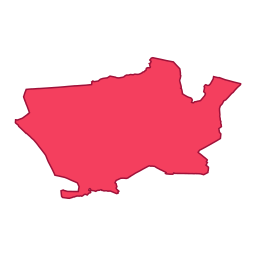 the district of Pureņu pag., Ludzas, Latvia
{"feature_id": "27541924B20679895578049", "entity_name": "Pureņu pag.", "entity_type": "district", "adm_level": 2, "iso_a3": "LVA", "parent_name": "Latvia", "parent_adm1": "Ludzas", "projection": "natural_earth1", "projection_center": [27.639, 56.462], "detail": "fine", "context": "isolated", "style": "filled", "palette": "rose", "viewbox_px": 256, "rotation_deg": 0, "n_neighbors": 0, "source": "geoboundaries", "source_scale": "gbopen_adm2", "svg_char_len": 5444}
<svg xmlns="http://www.w3.org/2000/svg" viewBox="0 0 256 256"><path d="M116.6,193.6L117.5,193.4L118.2,193.0L118.1,192.6L117.9,192.2L118.2,191.8L118.8,191.4L118.9,191.2L118.3,190.7L117.9,190.4L117.5,189.9L117.1,189.7L116.8,189.4L116.5,188.9L116.2,188.4L116.2,187.9L116.6,187.3L116.9,186.5L116.9,186.2L116.7,186.0L116.5,185.9L116.2,183.8L115.0,182.8L115.2,182.3L115.9,180.9L116.0,180.5L120.7,178.3L122.6,178.2L123.6,178.2L125.1,178.3L125.7,178.4L126.3,178.4L126.6,178.4L127.1,178.2L128.1,177.9L128.2,177.7L129.1,177.1L129.4,176.9L130.0,176.6L129.9,176.5L133.3,174.5L135.3,173.2L139.9,170.8L143.6,168.7L148.5,166.1L149.4,165.8L150.2,166.1L152.4,166.1L154.7,166.4L156.7,167.7L159.2,169.0L160.4,169.7L161.1,169.9L166.1,172.5L165.5,173.5L166.5,173.9L170.1,174.2L172.7,174.2L172.9,174.2L173.1,173.9L173.6,173.1L173.9,172.9L174.5,173.4L186.5,173.5L189.2,173.6L192.3,173.6L194.1,173.7L195.0,173.6L195.3,173.6L199.2,173.7L200.9,173.9L203.7,174.7L207.9,172.5L207.9,171.6L208.2,170.6L208.5,167.9L208.4,167.2L206.0,165.1L206.5,164.3L206.8,163.7L207.1,162.7L207.3,162.5L206.4,161.8L206.4,161.7L207.3,160.0L207.3,159.9L207.2,159.8L204.8,157.7L203.6,156.8L201.2,154.8L198.2,152.5L198.1,152.2L199.6,150.2L203.4,148.2L205.8,146.9L216.6,140.8L220.4,138.5L220.8,134.6L220.8,133.8L219.5,132.4L218.8,128.6L221.4,126.6L221.1,124.2L220.7,123.6L220.7,123.0L220.9,121.6L220.6,121.0L220.2,119.7L220.2,118.7L219.7,116.2L219.9,114.9L219.5,110.1L219.5,108.5L220.3,105.9L222.2,103.9L223.8,100.8L225.7,99.9L228.1,97.4L231.6,93.5L233.2,92.3L234.7,90.4L237.4,87.5L238.5,86.5L240.2,85.0L240.6,84.4L240.6,83.7L233.7,82.0L230.1,81.0L225.0,79.7L224.5,79.5L220.7,78.1L219.3,77.6L217.8,77.6L213.6,76.6L213.2,78.7L213.1,79.1L210.9,83.0L210.4,83.8L210.1,84.2L209.2,85.1L208.4,85.4L207.2,85.4L206.1,84.8L205.8,84.7L205.5,84.8L205.2,85.0L204.6,85.7L204.4,86.0L204.2,86.3L204.1,86.5L204.1,86.8L204.6,87.7L204.5,88.0L204.4,88.3L204.2,89.5L203.7,91.6L203.8,91.8L204.6,92.6L205.1,93.1L205.4,93.8L205.3,94.2L204.6,95.8L203.4,97.2L201.9,99.0L200.6,100.5L200.4,100.6L200.1,100.7L199.4,100.9L197.2,101.3L196.5,101.6L194.7,101.8L194.4,101.9L194.3,102.1L194.1,102.3L193.6,102.8L192.4,102.7L191.6,102.4L191.7,102.2L192.3,99.9L191.5,98.4L190.2,97.7L188.9,97.4L186.9,96.5L185.9,95.9L184.1,94.9L182.5,93.7L182.4,93.7L182.4,92.8L182.2,92.0L182.1,91.1L181.6,89.0L181.2,88.6L181.3,88.6L181.1,86.2L179.7,81.0L179.7,80.2L179.7,79.9L180.2,78.6L180.8,75.7L180.4,75.1L180.4,74.0L180.4,72.8L179.8,68.8L179.5,68.5L178.8,67.7L176.7,65.5L173.4,61.9L166.4,60.6L161.5,59.5L152.8,57.7L152.5,57.8L151.3,58.1L150.8,58.8L149.8,60.0L150.2,60.6L150.5,60.8L150.7,61.0L151.1,61.2L151.1,61.6L151.0,61.9L150.8,62.1L150.6,62.8L150.5,63.0L150.2,63.2L149.3,63.5L149.2,63.6L149.4,63.8L149.6,63.9L149.9,64.2L149.9,64.6L149.8,65.0L149.8,65.5L150.0,66.1L150.4,66.9L150.3,67.2L150.1,67.5L149.6,67.7L148.6,67.7L147.8,67.7L147.6,67.7L147.3,67.9L147.1,67.9L146.9,68.1L146.5,68.2L146.4,68.3L146.3,68.6L146.0,70.1L145.9,70.3L145.2,70.6L145.0,70.8L144.9,70.9L144.7,71.1L144.5,71.5L144.2,71.7L143.5,71.9L142.8,72.1L142.4,72.4L142.0,72.7L141.8,73.1L140.6,73.5L139.4,74.1L138.5,74.3L137.7,74.4L136.2,74.3L135.6,74.2L134.5,74.2L134.2,74.3L133.7,74.6L133.3,74.7L132.6,74.7L130.4,74.5L128.9,75.0L127.7,75.1L126.8,75.0L126.4,75.1L125.3,75.7L124.8,76.0L123.7,77.0L123.1,77.1L122.8,77.2L122.6,77.3L121.2,77.5L120.5,77.6L119.8,77.8L119.0,77.9L118.6,77.9L117.9,77.9L116.4,77.6L115.8,77.4L115.6,77.3L115.5,77.2L110.0,76.1L107.4,77.8L103.0,78.4L102.1,78.7L100.5,79.2L100.3,79.3L98.4,80.9L98.3,81.0L94.4,81.6L94.0,81.6L93.3,81.3L93.1,81.3L93.1,81.1L92.8,81.0L92.7,81.1L92.2,81.6L92.0,81.9L92.0,82.0L91.9,82.0L92.0,82.2L91.8,82.7L91.7,83.6L91.6,84.6L85.6,85.2L82.1,85.4L76.9,85.8L74.3,85.9L67.3,86.5L63.3,86.9L61.7,87.0L58.1,87.3L53.4,87.6L52.4,87.7L40.2,88.5L37.4,88.6L33.6,88.9L30.7,89.0L26.2,89.4L24.8,93.0L24.0,95.6L23.6,96.7L23.7,97.2L24.9,100.6L25.0,100.6L25.2,101.4L25.8,102.7L26.0,103.6L26.9,105.6L28.6,110.2L29.2,111.9L29.5,112.7L28.0,113.9L28.1,114.0L22.4,118.2L17.8,119.9L17.7,120.0L15.6,119.8L15.4,122.6L15.6,123.0L18.3,125.2L18.3,125.3L18.7,126.3L23.6,130.9L26.0,133.3L26.3,133.2L26.8,133.6L30.4,136.8L31.5,138.0L32.9,139.2L33.8,140.0L36.7,143.4L39.1,146.6L42.4,150.8L44.5,153.6L45.7,155.3L47.7,160.3L48.4,161.9L52.1,169.0L52.4,169.6L54.2,173.4L54.9,175.2L59.2,176.1L64.8,177.4L67.4,178.4L71.2,180.2L74.8,181.7L77.4,182.9L78.5,185.4L79.1,186.7L78.6,189.1L78.3,191.5L73.5,191.5L69.8,191.4L67.6,191.4L63.8,190.4L63.2,190.0L61.0,190.8L61.3,194.1L61.6,196.3L61.9,196.7L62.6,197.5L67.9,198.2L69.4,198.3L72.5,197.4L72.8,197.2L73.2,197.1L73.7,196.9L74.2,197.0L74.7,196.8L75.2,196.5L75.5,196.5L76.0,196.4L76.7,196.0L79.3,196.1L80.9,195.9L81.7,196.2L82.3,196.0L82.9,195.6L83.7,195.0L84.3,194.5L84.5,194.4L84.9,194.4L85.1,194.3L85.4,194.3L85.7,194.4L85.8,194.4L86.4,194.6L86.5,194.7L87.2,195.0L87.5,194.7L87.8,194.4L88.5,193.5L88.7,193.3L89.1,193.1L90.0,192.9L90.4,192.7L90.6,192.5L90.7,192.4L90.6,191.9L90.3,191.4L89.9,190.9L89.5,190.7L89.0,190.5L88.7,190.3L88.8,190.0L88.8,189.7L89.2,189.0L89.5,188.8L89.7,188.6L90.0,188.6L90.3,188.8L90.7,189.4L90.8,189.8L91.0,190.2L91.3,190.4L91.7,190.5L93.6,190.7L94.3,190.8L94.7,191.0L95.5,191.3L95.9,191.3L96.1,191.2L96.4,190.8L97.7,190.4L98.3,190.3L99.1,190.3L99.7,190.2L100.8,189.7L101.0,189.7L101.5,189.8L101.7,190.0L101.7,190.3L101.8,190.4L102.6,190.4L103.2,190.7L104.1,190.9L105.0,190.8L106.7,190.8L107.7,191.1L109.2,191.1L110.3,191.0L116.6,193.6Z" fill="#f43f5e" stroke="#9f1239" stroke-width="1.5"/></svg>